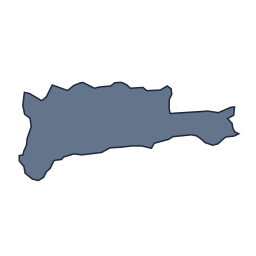 Naryn, Naryn, Kyrgyzstan, rotated 357°
{"feature_id": "92254566B90021194946204", "entity_name": "Naryn", "entity_type": "district", "adm_level": 2, "iso_a3": "KGZ", "parent_name": "Kyrgyzstan", "parent_adm1": "Naryn", "projection": "albers", "projection_center": [76.24, 41.45], "detail": "fine", "context": "isolated", "style": "filled", "palette": "slate", "viewbox_px": 256, "rotation_deg": 357, "n_neighbors": 0, "source": "geoboundaries", "source_scale": "gbopen_adm2", "svg_char_len": 1107}
<svg xmlns="http://www.w3.org/2000/svg" viewBox="0 0 256 256"><g transform="rotate(357 128 128)"><path d="M80.4,152.4L90.1,151.8L100.5,151.0L108.9,146.9L120.3,146.8L131.2,146.1L141.1,146.7L150.3,149.5L153.5,144.6L158.5,143.5L167.6,141.6L171.7,139.5L172.3,139.0L190.9,138.1L195.8,139.4L196.0,139.4L199.3,141.8L204.2,146.6L211.5,149.6L216.9,148.6L223.7,143.1L225.3,142.1L233.5,141.6L238.3,139.6L234.5,137.4L232.7,133.9L232.3,129.2L228.0,123.7L234.2,120.8L235.5,112.5L231.5,112.8L219.0,117.4L208.6,115.3L191.6,115.5L170.7,115.7L170.1,110.1L170.7,101.6L173.5,96.6L173.1,91.1L169.4,88.1L162.1,91.8L148.7,91.7L145.1,88.3L132.5,88.4L128.7,84.6L123.9,82.1L117.2,82.1L113.0,85.1L101.4,85.6L96.5,86.5L85.4,80.2L82.5,80.5L76.1,82.7L69.7,87.4L54.6,81.1L48.2,92.5L43.2,96.2L35.8,91.3L31.6,88.5L26.4,87.0L24.1,99.9L25.5,108.8L30.7,113.2L31.4,121.7L26.8,133.0L25.7,139.9L22.8,145.5L21.6,149.4L17.9,149.9L17.7,155.2L22.0,160.9L22.9,167.8L29.8,174.0L35.7,175.8L41.2,172.8L44.2,167.4L48.2,164.3L52.2,156.9L53.4,156.4L60.0,156.0L62.1,153.6L72.8,151.0L80.4,152.4Z" fill="#64748b" stroke="#1e293b" stroke-width="1.5"/></g></svg>